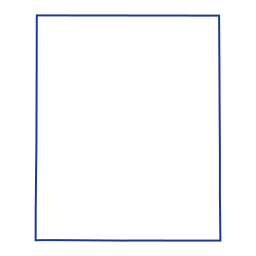 Portage, Ohio, United States of America
{"feature_id": "52423323B44702428912558", "entity_name": "Portage", "entity_type": "district", "adm_level": 2, "iso_a3": "USA", "parent_name": "United States of America", "parent_adm1": "Ohio", "projection": "albers", "projection_center": [-81.208, 41.168], "detail": "fine", "context": "isolated", "style": "outline", "palette": "blue", "viewbox_px": 256, "rotation_deg": 0, "n_neighbors": 0, "source": "geoboundaries", "source_scale": "gbopen_adm2", "svg_char_len": 364}
<svg xmlns="http://www.w3.org/2000/svg" viewBox="0 0 256 256"><path d="M36.8,15.4L36.7,60.1L36.4,148.2L36.1,170.3L35.9,191.7L35.7,207.6L35.7,217.1L35.6,240.2L52.5,240.1L125.3,240.6L128.8,240.5L134.5,240.5L180.4,240.6L220.4,240.6L219.9,194.2L219.9,149.1L219.6,107.4L219.6,106.4L219.4,63.1L219.1,15.6L36.8,15.4Z" fill="none" stroke="#1e3a8a" stroke-width="2"/></svg>